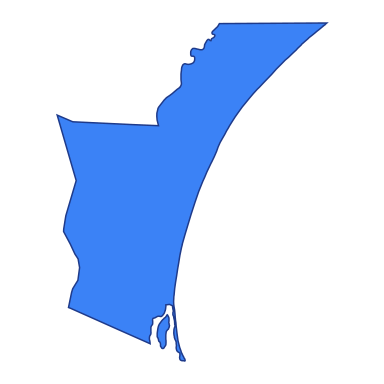 outline of Marracuene, Maputo, Mozambique
{"feature_id": "85939544B2591372162698", "entity_name": "Marracuene", "entity_type": "district", "adm_level": 2, "iso_a3": "MOZ", "parent_name": "Mozambique", "parent_adm1": "Maputo", "projection": "equal_earth", "projection_center": [32.747, -25.675], "detail": "fine", "context": "isolated", "style": "filled", "palette": "blue", "viewbox_px": 384, "rotation_deg": 0, "n_neighbors": 0, "source": "geoboundaries", "source_scale": "gbopen_adm2", "svg_char_len": 5726}
<svg xmlns="http://www.w3.org/2000/svg" viewBox="0 0 384 384"><path d="M68.5,307.5L71.0,308.5L115.6,328.4L150.1,343.7L150.0,343.0L150.0,342.2L149.9,341.7L149.8,340.9L149.6,340.1L149.4,339.4L149.4,338.0L149.5,336.9L149.7,336.2L149.9,335.6L150.4,335.0L150.5,334.7L150.8,334.2L151.0,332.8L150.9,331.6L150.9,330.4L150.9,329.5L150.9,328.4L150.9,327.3L151.2,326.5L151.4,326.0L151.8,325.3L152.4,324.7L152.6,324.0L152.7,323.3L152.7,322.7L152.7,322.2L152.7,321.5L152.7,320.9L152.5,320.1L152.6,319.5L152.8,318.8L153.1,318.3L153.7,318.2L154.7,317.9L155.4,317.6L156.2,317.1L156.9,316.7L157.6,316.4L158.4,316.2L159.1,316.2L159.9,316.4L160.4,316.5L161.2,316.5L161.6,316.3L162.6,315.5L163.2,314.6L163.8,313.9L164.4,312.9L164.6,312.2L164.7,311.9L164.9,311.1L165.2,310.8L165.3,310.2L165.6,308.9L165.7,307.6L165.9,306.3L165.8,304.9L169.5,304.4L172.2,305.6L172.3,305.7L172.5,306.3L172.6,307.2L172.7,308.0L172.9,309.0L173.0,309.7L173.2,310.4L173.3,311.0L173.2,311.7L173.0,312.2L172.9,312.8L172.9,313.8L172.9,314.3L172.9,314.9L173.2,315.5L173.6,316.5L173.9,318.3L174.5,320.8L174.7,324.3L174.7,324.7L175.0,325.1L175.0,326.1L174.7,327.1L174.3,328.0L173.9,329.8L173.9,331.0L173.8,332.2L173.8,333.3L173.9,334.1L174.0,335.2L174.2,335.8L174.3,336.4L174.3,337.1L174.5,337.8L174.6,338.2L174.9,338.9L175.0,339.4L175.3,340.0L175.7,340.5L175.8,341.0L176.1,341.8L176.2,342.7L176.2,343.7L176.3,344.5L176.4,345.1L176.4,345.7L176.3,346.6L176.2,347.2L176.2,347.9L176.3,348.8L176.5,349.6L176.7,350.3L177.0,350.9L177.5,351.5L178.1,352.0L178.9,352.4L179.4,352.8L179.8,353.2L179.9,353.5L179.9,355.4L179.8,356.1L179.7,356.7L179.6,357.5L179.7,358.2L179.8,358.9L180.0,359.4L180.4,360.0L181.5,360.6L182.2,360.7L182.9,360.7L183.7,360.7L183.9,360.8L184.4,360.9L184.5,361.0L184.8,361.0L185.1,360.7L185.1,360.3L185.0,359.8L184.9,359.3L184.8,359.0L184.0,357.9L183.6,356.8L183.0,355.8L182.6,354.9L182.2,354.4L182.2,354.0L181.7,353.1L181.3,352.2L180.8,350.5L179.7,347.5L179.0,344.7L178.0,340.7L177.7,338.5L177.0,333.4L176.2,326.4L176.1,325.5L175.9,322.8L175.5,320.2L175.4,319.0L175.2,317.1L175.0,314.2L174.7,310.9L174.5,309.3L174.0,306.5L173.7,304.1L173.6,301.3L173.8,297.9L173.8,296.9L174.1,294.9L174.7,288.4L175.6,282.1L176.6,276.0L177.7,268.6L178.7,262.9L179.9,255.3L181.5,247.6L182.3,244.5L182.2,244.4L185.1,234.2L191.0,214.6L194.9,202.6L198.7,191.5L202.8,181.3L204.6,177.4L206.9,171.9L210.0,165.4L210.8,163.7L211.8,161.8L214.3,156.6L216.6,151.3L218.1,147.0L220.1,142.5L222.2,138.8L224.8,134.3L226.6,130.8L228.9,127.0L228.9,126.8L232.2,121.5L235.2,116.8L238.1,112.7L242.2,107.0L245.9,102.5L249.5,98.1L253.4,93.5L257.3,89.2L259.2,87.4L264.1,82.2L271.9,74.1L276.3,69.1L281.5,63.9L285.2,60.1L288.5,57.3L291.3,54.6L293.5,52.5L296.1,50.1L297.6,48.4L301.1,45.1L302.2,43.7L302.8,43.3L304.7,41.6L307.8,38.9L309.2,37.5L311.8,35.5L314.9,33.0L317.0,31.2L319.3,29.4L321.8,27.3L323.6,25.8L323.5,25.7L323.8,25.5L325.1,24.7L325.2,24.4L326.8,23.0L219.4,23.6L218.8,24.6L218.3,25.5L217.8,26.3L217.2,27.0L216.8,27.4L216.0,28.1L215.2,28.9L214.2,29.8L213.5,30.6L212.8,31.1L212.3,31.8L212.0,32.5L212.0,33.2L212.3,33.9L212.9,34.3L213.6,34.4L214.1,34.5L214.7,34.9L214.9,35.8L214.5,36.6L213.9,37.4L212.9,38.0L212.2,38.4L211.7,38.7L211.3,39.3L211.2,39.8L211.2,40.2L211.0,40.5L210.9,40.4L210.6,40.6L210.2,40.6L209.8,40.2L209.2,39.7L208.9,39.4L208.1,39.4L207.4,40.0L206.8,40.7L206.3,41.6L205.8,42.5L205.3,43.3L204.6,44.8L204.5,45.7L204.4,46.7L204.1,47.8L203.6,48.7L202.5,49.6L201.3,49.8L200.0,49.7L198.0,49.2L196.9,49.0L195.9,48.7L195.1,48.5L194.4,48.4L193.6,48.4L192.8,48.5L192.4,48.8L191.9,49.4L191.4,49.9L191.2,50.5L190.8,51.3L190.7,52.2L190.7,53.1L190.7,54.4L190.8,55.0L191.1,55.8L191.6,56.1L192.3,56.2L193.3,56.2L193.9,56.4L194.3,56.9L194.5,57.1L194.7,57.8L194.7,59.1L194.6,60.2L194.3,61.2L193.9,61.9L193.6,62.4L192.6,63.2L191.5,63.7L190.6,64.0L189.7,64.2L188.7,64.4L187.5,64.3L186.7,64.2L185.8,63.9L185.3,63.8L184.4,63.8L184.0,64.0L183.1,64.6L182.6,65.3L182.3,66.1L181.8,67.2L181.6,68.3L181.5,69.7L181.4,70.8L181.2,72.1L181.0,74.0L181.0,79.3L181.1,80.7L181.3,82.1L181.4,83.1L181.4,84.2L181.0,85.4L180.6,86.2L180.1,87.0L179.7,87.3L179.8,87.5L177.2,89.3L174.4,91.7L172.2,93.6L171.0,94.5L169.7,95.5L168.0,96.6L167.4,97.1L166.5,97.6L165.8,98.4L164.2,100.0L158.7,107.1L158.0,108.4L157.7,109.8L157.3,111.5L156.9,113.1L156.8,116.2L157.1,120.0L158.2,124.4L158.5,125.7L139.3,124.9L132.3,124.6L72.9,121.8L71.6,121.3L57.2,115.1L76.2,180.6L65.9,215.5L65.6,217.1L63.7,229.1L63.6,231.6L70.2,243.9L74.9,254.0L78.1,258.9L79.6,267.6L77.9,280.3L74.8,285.3L72.7,288.8L71.6,292.4L68.5,307.5ZM163.7,348.1L164.1,347.8L164.3,347.4L164.5,347.0L164.6,346.7L165.0,346.3L165.4,345.7L165.7,345.2L165.9,344.5L165.9,343.9L166.0,343.1L166.0,342.3L166.0,341.5L166.0,340.6L165.8,339.3L165.8,338.0L165.8,337.0L165.8,336.3L165.8,335.3L165.9,333.9L166.1,332.8L166.1,332.5L166.3,331.5L166.6,331.0L167.0,330.5L167.4,330.0L167.9,329.4L168.2,329.3L168.5,328.9L168.6,328.6L168.7,328.1L169.0,327.6L169.2,327.1L169.3,326.3L169.5,325.7L169.4,325.1L169.2,324.7L169.1,324.1L169.1,323.6L169.0,323.3L168.8,322.8L168.8,322.2L168.9,321.7L169.0,321.0L169.0,320.3L169.0,319.6L169.0,318.9L168.9,318.0L168.8,317.5L168.5,316.8L167.9,315.7L167.6,315.1L167.2,314.8L166.8,315.3L166.5,315.8L166.0,316.6L165.3,317.5L164.2,318.2L163.7,318.9L162.6,319.8L161.6,321.0L159.5,323.9L159.1,324.6L158.6,325.7L158.2,327.0L157.9,328.5L157.7,329.6L157.6,330.5L157.4,331.8L157.3,332.5L157.2,333.3L157.2,334.3L157.2,335.4L157.2,336.4L157.3,337.0L157.7,337.6L158.0,338.2L158.4,339.3L158.5,340.1L158.7,340.8L159.0,341.5L159.6,341.8L160.1,342.6L160.3,343.3L160.5,344.0L160.5,344.6L160.5,345.4L160.5,346.0L160.7,346.5L161.0,346.9L161.4,347.5L161.7,348.1L162.2,348.4L162.6,348.5L163.1,348.5L163.3,348.4L163.7,348.1Z" fill="#3b82f6" stroke="#1e3a8a" stroke-width="1.5"/></svg>